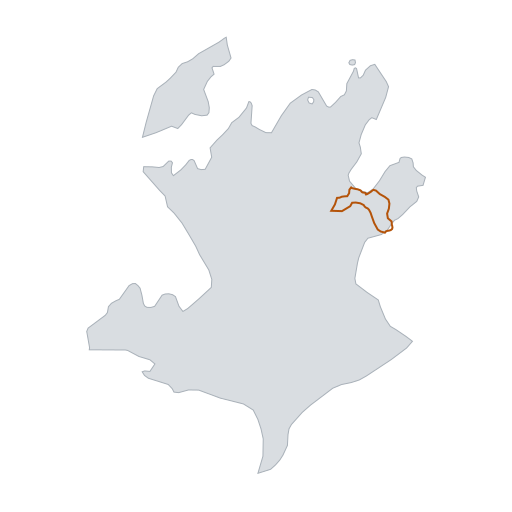 Azerbaijan, with Qax highlighted, rotated 93°
{"feature_id": "AZE-1726", "entity_name": "Qax", "entity_type": "District", "adm_level": 1, "iso_a3": "AZE", "parent_name": "Azerbaijan", "parent_adm1": "", "projection": "robinson", "projection_center": [46.846, 41.24], "detail": "fine", "context": "in_parent", "style": "outline", "palette": "amber", "viewbox_px": 512, "rotation_deg": 93, "n_neighbors": 0, "source": "natural_earth", "source_scale": "10m", "svg_char_len": 4096}
<svg xmlns="http://www.w3.org/2000/svg" viewBox="0 0 512 512"><g transform="rotate(93 256 256)"><path d="M358.4,417.6L356.2,417.4L340.2,421.1L336.8,419.9L323.0,403.3L320.2,401.4L314.3,400.7L310.8,397.9L308.0,393.5L306.4,390.2L292.2,381.2L290.1,377.9L289.8,375.0L291.8,372.3L294.2,370.1L301.1,367.9L309.2,366.0L311.7,364.6L313.0,362.2L312.9,358.3L311.6,354.6L300.0,347.7L298.7,344.7L298.3,341.1L299.0,337.3L300.8,334.3L310.2,330.3L315.2,326.1L312.0,321.4L301.8,310.8L289.7,299.0L281.7,298.9L272.4,302.4L257.6,312.4L249.4,316.7L238.7,323.7L227.0,331.6L217.5,340.0L211.5,346.9L200.9,349.9L195.5,355.7L177.7,373.1L172.7,372.8L172.4,364.2L172.7,357.4L171.5,353.4L165.8,348.1L165.7,345.7L167.3,344.3L171.7,345.2L177.4,344.8L180.1,342.7L174.0,335.6L168.6,330.9L164.0,327.7L163.0,325.8L163.0,324.4L164.0,322.8L171.8,318.9L172.6,315.3L172.1,311.3L159.7,305.4L150.4,307.5L142.1,300.9L136.7,295.7L130.1,290.2L124.1,287.2L118.4,280.3L108.6,273.2L102.2,271.2L102.3,270.1L103.5,268.8L106.1,267.7L123.8,268.0L126.0,266.7L127.1,263.7L129.5,259.2L132.3,252.6L132.1,247.0L114.5,238.0L101.6,229.8L92.8,218.9L86.8,208.9L87.1,205.6L88.8,202.4L102.6,193.3L103.6,190.9L103.3,189.3L98.4,184.6L92.3,179.7L90.4,176.2L86.5,174.4L79.1,174.3L66.3,168.3L63.5,167.7L62.9,166.5L63.6,165.4L72.8,162.9L72.7,161.0L69.9,158.4L64.7,156.4L60.0,151.7L58.4,147.4L75.1,135.0L80.0,132.5L90.9,134.8L113.4,143.0L111.8,147.6L114.1,150.2L119.3,153.7L129.2,157.3L137.6,159.1L141.9,157.5L148.4,156.2L156.8,160.3L164.5,165.5L168.4,167.6L170.5,168.2L176.4,166.5L183.5,159.8L186.3,151.7L187.0,147.8L182.9,142.5L174.5,136.7L164.9,131.5L158.8,127.0L155.0,118.1L151.0,117.2L150.0,116.0L149.4,113.0L149.6,108.7L150.9,105.5L154.8,104.0L158.7,103.5L162.2,100.4L166.6,94.3L168.5,90.9L176.7,92.9L177.8,98.3L179.3,99.5L182.7,98.9L188.5,96.6L193.0,98.3L198.8,104.8L206.9,111.7L211.3,116.3L213.0,119.5L217.2,122.6L223.2,126.2L228.0,131.9L232.4,145.2L236.7,148.2L252.4,153.3L257.8,154.3L273.2,156.1L278.6,154.8L286.4,143.4L293.5,131.6L300.1,129.2L312.1,123.5L319.2,118.2L322.2,112.4L328.8,101.5L333.0,95.3L340.0,100.8L352.4,115.6L370.1,139.6L374.4,146.4L377.4,154.3L379.9,163.9L384.0,172.4L402.0,193.7L409.7,201.6L422.4,211.8L426.9,214.0L432.7,214.7L443.5,214.7L453.5,218.7L458.4,221.5L463.5,225.5L468.2,230.2L472.9,242.7L455.6,238.6L438.3,239.2L428.5,241.9L419.0,245.6L410.0,250.7L404.4,260.8L399.8,284.2L392.9,306.2L393.3,316.4L396.5,326.1L396.2,330.8L392.9,332.7L388.9,336.9L383.7,357.1L381.1,361.1L377.6,363.6L376.6,361.2L376.8,355.9L369.1,351.3L365.2,356.5L362.5,367.6L357.0,379.3L356.7,381.5L358.4,417.6ZM100.4,211.0L101.2,207.9L99.0,206.5L96.8,206.4L94.8,208.0L94.7,211.9L97.5,212.6L100.4,211.0ZM42.8,302.2L40.2,299.0L39.1,297.2L46.8,295.7L59.6,291.3L63.0,293.4L66.7,297.9L68.6,301.6L68.9,308.7L70.4,309.8L76.6,307.4L79.4,310.3L84.1,313.7L92.4,317.0L104.4,311.8L110.4,310.4L115.3,310.5L117.9,312.2L118.8,317.6L117.8,324.4L116.4,328.0L118.9,330.7L128.7,337.2L132.8,340.8L130.8,347.1L138.1,362.3L140.5,368.3L143.4,375.6L128.4,372.7L101.4,366.6L94.0,363.4L87.0,354.9L82.8,350.8L76.6,345.5L71.6,343.5L67.7,339.8L65.6,334.4L62.4,329.5L56.9,323.8L44.4,304.2L42.8,302.2ZM59.9,172.3L58.2,173.4L55.7,172.3L54.9,169.9L55.1,167.4L57.7,166.8L59.7,167.5L60.3,169.8L59.9,172.3Z" fill="#d9dde1" stroke="#a8b0b8" stroke-width="1"/><path d="M220.5,121.2L221.9,121.5L223.1,122.8L223.7,124.5L224.0,126.1L224.5,127.4L225.9,128.4L226.0,128.5L225.8,129.0L225.0,132.8L223.2,135.8L216.9,139.7L210.0,142.6L206.9,143.8L203.9,145.6L202.6,147.0L201.9,148.8L200.9,150.1L199.5,151.1L197.9,154.7L197.4,159.2L197.8,162.8L201.3,164.5L206.7,172.5L206.9,183.2L200.4,179.9L193.7,178.1L193.4,175.6L192.3,173.4L191.8,170.7L191.5,168.0L188.4,166.3L184.9,166.2L182.6,164.6L183.1,164.1L183.7,161.0L184.1,157.8L184.9,155.3L185.3,154.7L186.4,153.8L186.8,153.2L187.0,152.6L187.1,150.9L187.2,150.2L187.9,149.5L188.5,149.6L188.8,149.4L188.3,148.1L185.9,144.7L184.4,143.1L183.9,142.3L183.8,142.2L184.4,139.6L187.7,135.6L190.2,130.5L192.8,126.7L196.7,125.5L201.8,125.8L206.8,127.3L211.4,126.3L214.4,122.4L217.6,122.0L219.0,121.5L220.5,121.2Z" fill="none" stroke="#b45309" stroke-width="2"/></g></svg>